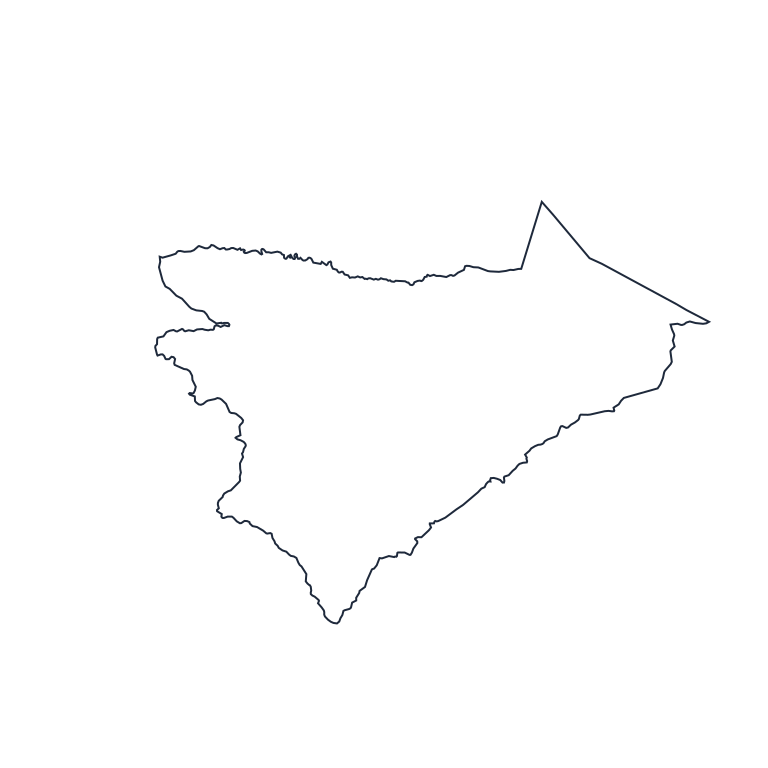 the district of Boquete, Chiriquí, Panama, rotated 118°
{"feature_id": "35544464B71515803064888", "entity_name": "Boquete", "entity_type": "district", "adm_level": 2, "iso_a3": "PAN", "parent_name": "Panama", "parent_adm1": "Chiriquí", "projection": "robinson", "projection_center": [-82.389, 8.74], "detail": "fine", "context": "isolated", "style": "outline", "palette": "slate", "viewbox_px": 768, "rotation_deg": 118, "n_neighbors": 0, "source": "geoboundaries", "source_scale": "gbopen_adm2", "svg_char_len": 6166}
<svg xmlns="http://www.w3.org/2000/svg" viewBox="0 0 768 768"><g transform="rotate(118 384 384)"><path d="M176.5,126.2L176.7,151.6L176.2,163.7L175.6,248.1L176.4,261.6L155.2,314.1L149.1,330.2L217.9,316.9L219.4,319.5L222.6,323.2L223.9,326.1L226.9,329.4L231.0,335.2L234.7,343.1L235.5,345.3L236.8,355.4L238.9,359.9L239.7,364.0L240.9,366.6L242.0,367.7L245.7,367.0L250.9,370.9L255.1,372.7L256.1,373.8L256.2,375.5L256.8,376.7L260.3,379.2L262.2,385.2L264.0,388.5L264.2,391.3L267.1,394.1L267.1,396.7L267.8,397.0L269.2,396.7L270.4,398.3L273.6,398.3L275.1,398.9L275.7,399.5L275.8,400.8L277.2,402.7L279.9,404.9L282.2,404.8L283.5,405.6L284.1,407.4L283.0,410.0L283.4,410.8L283.4,413.6L287.4,422.2L288.8,422.9L289.2,423.5L290.0,425.7L289.6,427.3L290.8,428.7L290.5,430.9L291.7,433.8L292.1,436.4L293.6,437.1L294.7,438.3L295.0,440.6L296.6,442.0L297.1,445.9L298.1,447.4L299.3,448.0L299.6,449.6L300.3,450.4L299.7,453.3L301.1,455.1L301.3,457.7L303.6,459.6L304.8,462.3L306.3,464.0L304.9,466.7L305.8,470.2L304.3,473.1L304.7,474.1L306.3,475.3L306.7,476.1L306.4,477.6L305.3,479.3L306.2,483.3L303.8,486.4L301.5,487.7L301.0,488.7L302.6,490.1L305.1,490.1L306.1,490.7L305.3,496.2L307.7,496.3L310.0,503.4L307.7,506.6L307.3,508.0L307.5,509.2L308.1,510.0L309.7,510.2L311.9,511.5L312.8,513.1L312.8,514.1L311.8,517.0L313.2,517.5L313.8,518.6L312.2,520.7L310.6,521.6L310.3,522.8L311.3,523.4L312.6,523.4L313.3,523.0L313.9,521.6L315.6,521.6L316.1,522.7L315.3,524.7L316.4,525.9L316.5,526.7L316.1,527.0L314.3,526.3L313.8,527.1L316.4,528.8L319.1,529.0L319.6,529.5L319.7,530.6L319.4,531.5L317.1,532.9L317.4,534.8L316.5,536.9L317.2,540.3L321.2,545.2L321.8,547.6L323.0,549.9L321.7,553.3L321.7,554.5L322.3,555.2L323.1,555.3L324.5,554.5L326.4,552.6L327.1,553.0L327.1,554.6L326.2,557.8L326.4,560.0L328.3,562.9L332.7,566.7L333.6,568.1L333.6,569.1L333.1,569.9L331.7,569.5L331.2,570.2L331.4,571.5L332.8,573.1L331.8,574.8L334.3,576.4L334.7,581.0L335.7,582.7L337.4,583.8L339.0,585.8L339.5,586.9L338.9,588.8L339.9,590.3L342.0,592.1L342.2,594.7L341.7,599.5L342.3,601.7L344.8,602.1L347.0,603.5L348.1,605.7L349.0,612.1L349.6,612.6L355.1,614.7L357.7,616.9L361.0,622.3L362.1,626.2L363.2,628.0L364.2,628.6L366.8,629.1L370.6,632.7L376.4,638.8L376.9,641.8L381.1,639.0L386.5,637.5L396.7,628.0L400.5,622.8L400.6,617.9L403.5,608.8L403.5,602.4L407.2,592.2L407.8,589.5L407.1,584.3L404.9,578.8L404.6,576.7L405.8,573.3L408.5,568.9L409.2,560.3L406.4,556.5L406.7,556.1L406.5,555.5L405.2,553.9L403.4,550.6L403.8,549.0L404.3,548.3L405.7,548.1L406.4,549.4L407.0,552.6L410.3,555.0L410.4,557.9L411.3,560.1L412.6,560.7L415.6,560.0L416.5,560.5L417.5,562.7L419.1,564.4L420.3,567.9L420.7,570.1L423.6,574.7L426.7,576.9L428.2,581.6L430.8,584.3L430.9,585.2L430.1,587.2L430.2,588.2L434.7,591.3L435.1,592.3L435.1,595.2L437.6,598.2L440.3,600.4L445.5,601.1L449.3,605.5L450.8,605.4L455.4,603.1L457.7,603.7L459.1,603.2L464.6,598.2L465.2,597.3L462.6,594.9L461.8,593.4L462.4,591.3L464.4,588.7L464.4,588.0L463.0,585.5L459.7,584.4L459.1,582.4L460.0,580.2L464.2,579.0L465.4,577.8L464.7,567.7L463.7,565.0L463.8,562.6L464.2,561.1L466.8,557.3L470.4,555.0L474.8,548.9L478.6,547.9L481.5,547.9L482.2,548.6L483.2,551.3L484.1,551.6L484.6,550.4L483.8,545.2L487.7,542.9L488.4,541.4L489.0,538.0L488.3,535.9L486.5,534.3L482.7,532.7L481.2,531.6L476.7,526.2L474.6,524.5L473.9,522.2L474.0,520.1L475.7,514.1L481.2,507.2L481.3,505.3L480.1,502.4L479.8,500.6L481.0,494.1L482.2,491.4L484.3,490.8L487.8,491.8L489.7,491.6L496.6,486.7L500.2,489.5L501.2,489.8L501.7,487.4L501.0,484.3L501.0,480.7L501.8,478.5L502.9,477.3L504.0,477.0L507.1,477.3L510.3,476.5L512.1,476.7L514.7,474.1L521.7,473.9L526.5,471.1L529.4,468.8L533.4,467.9L536.9,465.7L538.5,465.9L549.8,469.3L552.0,471.4L555.7,473.6L558.1,473.8L559.5,473.4L564.7,475.1L567.0,474.8L568.6,474.0L571.3,471.5L573.7,472.3L574.7,471.6L575.0,466.2L577.5,465.3L578.1,463.8L577.5,462.5L574.4,459.7L572.5,456.0L572.8,454.1L574.4,449.5L574.6,445.9L573.8,444.7L570.4,442.9L569.3,440.5L569.1,438.0L570.2,437.0L571.2,433.4L569.9,429.0L570.2,421.9L571.1,417.9L570.9,416.9L569.0,414.4L569.0,412.9L572.3,410.2L574.3,406.8L575.9,405.2L576.8,401.9L578.1,400.0L578.6,395.5L577.9,391.5L579.2,387.6L579.5,385.6L578.6,382.7L578.7,379.7L582.0,375.7L583.4,373.4L583.8,371.2L588.3,363.3L595.0,360.4L596.1,357.9L596.6,355.6L596.5,354.9L597.4,353.5L600.5,351.3L602.7,350.7L603.9,349.9L604.4,347.9L604.3,345.4L605.4,340.4L606.0,339.6L608.6,339.3L610.5,334.2L612.2,330.8L613.4,329.7L615.7,328.5L617.0,327.0L618.4,322.8L618.9,319.3L618.7,316.5L617.5,313.1L614.7,312.0L611.3,312.5L607.5,312.3L603.4,313.3L602.2,312.5L599.0,309.1L597.7,308.3L596.5,308.3L592.0,309.5L588.2,306.9L585.8,308.2L580.2,307.8L578.1,308.4L572.1,305.5L565.2,306.8L553.9,307.6L553.1,307.5L551.6,306.1L547.5,305.3L539.8,306.2L538.9,303.9L533.6,298.9L532.0,293.7L531.1,293.2L530.7,292.0L529.8,291.8L526.9,292.9L526.2,292.6L523.1,286.6L522.9,281.2L522.4,280.4L519.8,280.2L515.5,280.8L508.8,279.9L507.3,280.8L506.4,283.7L505.8,284.0L503.3,282.2L501.7,279.0L492.1,275.7L488.6,275.1L486.3,277.8L485.6,278.1L483.6,274.5L481.8,274.8L480.9,274.5L480.6,273.0L479.6,271.8L473.2,267.1L460.7,261.2L453.6,257.4L435.5,250.2L430.7,248.9L427.8,246.7L424.4,246.9L422.0,246.3L420.9,245.8L420.1,244.2L419.0,245.2L417.0,245.5L415.4,243.0L414.6,239.7L414.2,236.3L415.4,233.1L414.7,231.8L413.1,232.2L410.3,234.2L409.2,234.2L406.0,231.1L400.2,229.6L396.9,228.2L393.4,227.7L391.0,226.9L388.3,224.3L386.2,221.1L384.9,221.4L383.1,223.2L381.9,223.4L380.1,226.3L374.6,224.2L371.8,223.8L368.0,221.5L365.3,219.3L364.0,217.3L362.6,216.0L361.4,215.4L359.1,215.2L356.1,213.4L349.0,207.1L347.1,206.9L339.6,208.0L338.2,207.8L337.4,206.7L337.2,202.5L336.0,201.1L332.1,199.8L328.4,197.4L324.7,195.7L323.5,195.5L319.9,196.3L318.7,195.9L315.5,189.6L314.1,187.5L304.4,176.3L302.3,173.1L301.1,169.8L300.1,168.2L299.4,168.2L297.1,170.2L291.8,167.2L287.5,166.8L283.7,165.7L259.4,140.3L254.4,139.8L247.7,140.5L242.2,142.1L240.7,142.2L231.8,140.2L229.3,140.3L220.8,146.4L219.7,146.6L214.5,145.0L210.0,149.4L205.0,150.4L203.8,151.3L200.6,155.4L197.0,158.9L193.0,153.1L192.4,149.5L191.9,148.5L190.3,147.0L187.8,145.9L185.2,143.3L183.9,137.5L181.1,130.6L179.1,127.9L176.5,126.2Z" fill="none" stroke="#1e293b" stroke-width="2"/></g></svg>